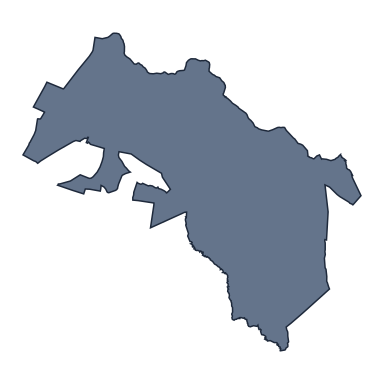 Stejaru, Tulcea, Romania
{"feature_id": "2599482B28008731037476", "entity_name": "Stejaru", "entity_type": "district", "adm_level": 2, "iso_a3": "ROU", "parent_name": "Romania", "parent_adm1": "Tulcea", "projection": "natural_earth1", "projection_center": [28.523, 44.782], "detail": "fine", "context": "isolated", "style": "filled", "palette": "slate", "viewbox_px": 384, "rotation_deg": 0, "n_neighbors": 0, "source": "geoboundaries", "source_scale": "gbopen_adm2", "svg_char_len": 5968}
<svg xmlns="http://www.w3.org/2000/svg" viewBox="0 0 384 384"><path d="M37.7,163.3L40.6,161.0L47.9,156.4L58.4,150.0L73.3,141.5L75.9,140.5L80.1,141.4L80.4,140.8L84.5,138.3L87.1,138.5L87.7,137.3L88.3,137.4L86.3,142.6L87.7,143.2L88.4,142.1L89.4,142.9L90.4,144.3L104.3,148.5L103.6,152.6L103.4,156.6L102.1,161.4L100.0,167.1L97.2,172.1L93.2,176.7L91.3,178.1L89.3,178.4L80.2,174.8L70.4,181.0L60.0,183.9L58.4,184.0L58.4,184.4L57.6,185.2L72.7,190.4L83.7,193.9L85.3,189.0L89.6,189.2L100.3,191.1L100.7,189.1L101.1,185.4L104.0,187.0L105.8,189.2L107.1,192.0L108.0,192.6L108.9,192.7L115.5,190.4L116.7,189.6L117.6,188.3L117.7,187.3L118.5,184.2L121.9,175.8L122.4,175.2L125.5,173.6L130.3,172.1L128.7,170.9L126.3,168.0L124.6,166.4L121.9,161.4L118.9,157.5L118.4,155.0L119.0,151.7L131.2,154.0L139.8,160.2L146.3,164.4L161.5,173.3L162.4,177.2L170.4,189.3L167.0,192.7L166.4,192.9L165.8,191.9L164.0,190.7L161.0,189.2L158.7,188.6L157.9,187.1L156.8,188.0L155.3,187.8L152.5,186.0L150.0,185.5L148.3,185.9L142.6,183.3L141.6,184.1L140.6,184.2L138.2,183.3L137.1,182.4L133.8,192.2L133.6,195.1L132.8,197.4L132.8,200.1L138.1,200.6L153.9,203.0L153.9,204.8L150.5,227.8L184.6,212.3L186.6,212.1L186.4,216.3L185.8,216.7L186.3,217.0L186.3,217.7L185.9,217.7L185.4,219.1L185.5,220.6L186.2,223.3L186.2,224.3L185.9,224.3L185.8,225.4L188.5,233.6L187.7,236.0L190.0,241.5L191.5,241.8L192.1,242.5L191.5,243.5L190.8,243.8L192.5,244.6L192.3,245.1L192.5,245.8L193.3,245.9L193.2,246.3L192.5,246.4L192.4,246.7L192.8,247.0L193.7,246.4L194.1,247.3L194.5,247.6L193.9,248.8L195.3,249.1L195.2,249.8L195.4,250.1L196.5,250.5L197.8,250.4L198.8,250.8L199.6,251.3L199.8,252.0L200.2,251.7L200.3,251.1L200.7,251.0L201.2,251.7L201.6,251.6L202.0,252.1L203.1,252.2L203.1,252.8L202.6,253.3L202.2,252.9L201.9,252.9L201.9,253.3L203.0,254.2L203.0,254.7L202.6,255.2L204.1,256.1L205.0,255.8L205.0,256.6L205.8,256.6L206.4,257.1L206.8,257.1L207.0,256.6L207.4,256.6L208.1,257.4L209.1,257.8L209.3,258.5L210.3,259.1L210.3,259.8L212.7,261.5L214.5,264.0L216.4,265.0L218.2,266.7L219.4,267.2L220.3,268.5L221.0,268.8L220.5,269.6L221.9,269.5L222.6,270.0L223.4,271.9L222.7,272.5L224.9,272.8L224.7,273.3L224.9,273.5L225.5,273.1L225.5,273.7L226.6,273.9L227.7,275.6L227.6,276.4L227.9,277.2L227.5,277.9L227.3,279.2L227.8,280.0L227.4,280.5L228.0,281.5L227.1,282.1L227.0,282.7L228.2,284.0L228.0,285.7L228.7,286.6L227.4,286.9L227.7,288.0L228.6,289.1L227.8,289.8L227.7,291.6L228.4,292.3L228.5,293.0L229.1,293.4L229.4,295.6L229.0,297.7L230.2,299.8L231.2,300.9L231.0,301.6L231.6,302.9L231.7,306.0L232.5,307.5L232.6,311.8L232.4,312.8L231.9,313.5L231.8,314.7L232.4,315.8L232.3,316.7L231.9,317.7L232.4,319.4L234.1,320.2L234.8,319.5L236.6,319.2L237.4,318.5L239.5,318.5L239.2,317.8L239.5,317.6L240.6,317.8L240.9,317.5L243.2,318.2L244.4,317.8L244.7,318.2L244.6,318.7L245.0,319.0L246.0,319.5L246.7,319.5L247.0,321.4L247.5,322.4L247.3,323.0L247.9,323.8L247.9,325.0L248.7,326.3L250.3,326.8L253.6,325.7L256.6,326.3L257.1,326.2L257.9,325.2L258.3,327.2L258.8,328.0L258.6,328.7L259.1,329.6L259.6,329.6L260.3,329.2L261.1,329.9L260.6,331.5L261.6,334.5L262.2,334.9L263.1,334.7L265.7,336.4L265.8,337.6L265.0,337.8L265.3,338.4L264.7,339.1L265.6,339.6L265.5,339.0L266.0,339.0L267.3,340.2L267.5,341.0L270.2,340.6L274.3,342.6L276.8,342.6L277.2,343.3L277.0,344.0L277.8,344.2L277.1,344.7L277.2,345.1L278.5,345.4L278.7,346.5L279.9,346.8L280.3,347.8L279.9,348.1L280.7,348.5L280.8,349.0L280.4,349.4L280.3,350.0L280.2,350.7L280.5,350.8L284.9,350.0L285.4,349.6L286.0,348.1L287.7,346.8L287.9,346.3L287.8,344.4L287.5,343.1L288.5,342.1L288.6,341.8L287.8,336.1L287.8,333.0L287.6,331.6L286.7,329.7L286.2,327.0L290.9,323.3L302.8,313.0L329.5,289.0L328.6,286.8L327.3,282.5L326.7,281.4L326.8,276.6L326.0,269.3L325.1,267.8L324.4,258.2L325.3,254.6L324.9,251.3L325.2,250.0L325.2,242.9L324.7,240.9L324.9,239.6L326.5,240.0L328.1,211.9L325.0,184.9L329.6,187.1L337.1,194.5L339.8,196.6L349.0,202.2L349.9,203.3L352.0,204.1L352.6,204.8L353.0,204.8L361.0,195.7L352.4,177.7L351.7,174.9L352.4,175.1L350.6,171.4L349.3,169.9L347.8,169.3L346.6,168.1L346.5,166.0L345.8,163.6L345.9,161.9L344.7,160.7L345.8,160.3L344.0,158.8L341.7,157.3L341.6,156.3L340.6,155.4L340.6,154.5L339.2,155.7L338.0,157.2L335.8,158.5L335.1,159.3L331.3,160.5L330.4,160.5L326.6,159.3L321.7,158.8L321.5,159.0L319.5,154.9L316.8,156.0L314.1,158.7L313.3,158.8L311.5,157.8L309.3,157.3L309.0,156.6L307.7,156.0L307.9,155.0L307.4,150.6L302.7,145.2L300.8,144.2L298.0,143.4L294.8,139.0L293.4,138.0L286.3,130.4L284.6,127.5L283.0,127.3L280.9,127.6L279.2,127.3L277.6,127.5L272.7,129.7L268.4,131.2L261.7,129.9L258.6,128.8L257.4,127.8L254.9,126.7L253.0,122.9L250.9,120.5L248.9,118.8L248.1,117.7L247.0,114.7L245.9,113.2L238.9,108.3L238.1,107.1L235.9,105.4L232.4,103.2L230.6,101.1L227.5,98.3L226.0,97.5L226.0,96.8L225.6,96.6L224.9,96.9L224.1,95.7L223.3,95.1L223.2,93.8L223.7,93.0L225.4,87.5L225.2,85.2L224.5,84.4L224.4,83.5L223.7,82.4L221.7,80.7L219.7,77.8L215.9,76.5L214.4,75.2L212.7,74.5L209.1,71.3L209.1,68.6L209.4,68.0L209.7,64.5L209.2,62.5L208.6,62.0L205.4,60.2L203.6,60.7L201.8,60.6L200.4,60.9L198.1,60.2L195.6,58.9L191.1,58.8L190.3,59.1L188.4,60.3L186.5,62.6L186.0,65.6L184.5,70.0L183.6,70.4L179.8,70.7L178.0,71.2L176.9,71.8L175.8,73.6L175.1,74.1L174.5,74.2L173.3,73.6L171.1,73.5L168.2,74.4L165.1,72.2L164.2,72.0L163.4,72.4L163.0,73.0L160.7,73.7L156.7,73.2L153.2,73.8L149.3,73.5L148.9,73.0L147.4,72.1L146.8,70.6L145.2,68.2L143.1,66.8L141.9,65.2L140.4,64.5L138.8,63.0L137.6,63.2L136.3,64.2L134.2,64.0L129.9,58.9L126.7,56.8L124.8,55.0L124.1,53.0L124.4,51.6L124.5,46.6L124.0,43.6L123.4,42.4L123.2,41.1L122.5,39.6L121.4,38.5L120.8,36.4L119.5,34.5L118.8,33.8L116.6,33.3L113.9,33.2L112.7,33.5L109.5,36.3L107.8,37.4L102.3,38.7L95.0,37.4L93.0,50.3L92.3,51.8L89.3,56.3L78.2,69.8L63.8,88.6L63.2,88.9L46.9,82.2L44.7,86.6L33.4,107.0L44.4,112.0L44.2,112.4L44.4,112.5L40.6,118.8L39.7,119.0L37.8,118.8L37.5,119.1L35.7,130.5L34.2,134.4L30.0,142.3L29.4,143.0L28.7,145.2L23.0,154.9L33.7,160.8L35.7,161.5L37.7,163.3Z" fill="#64748b" stroke="#1e293b" stroke-width="1.5"/></svg>